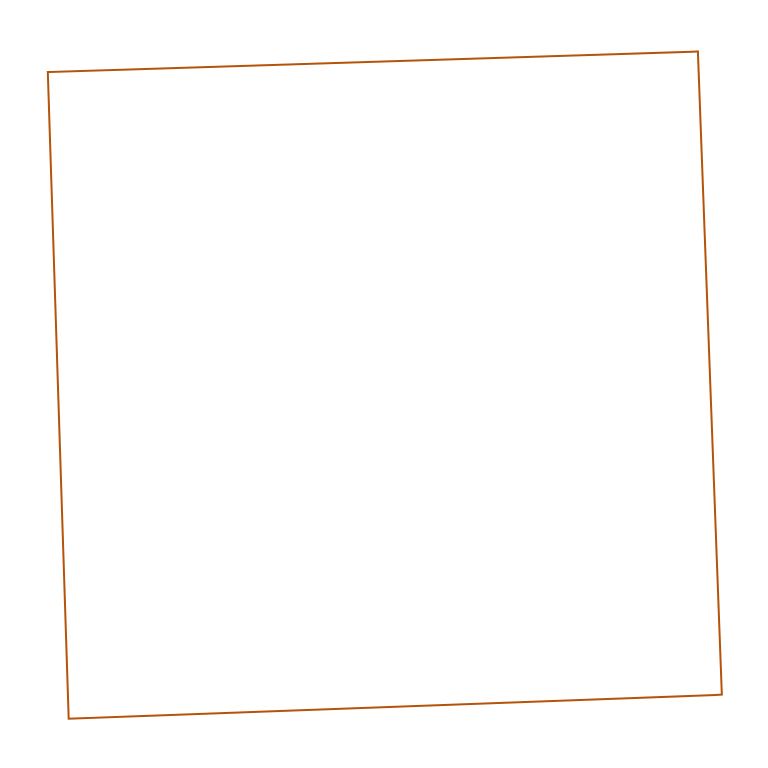 Carson, Texas, United States of America (Albers equal-area conic projection), rotated 88°
{"feature_id": "52423323B89233879615837", "entity_name": "Carson", "entity_type": "district", "adm_level": 2, "iso_a3": "USA", "parent_name": "United States of America", "parent_adm1": "Texas", "projection": "albers", "projection_center": [-101.316, 35.404], "detail": "fine", "context": "isolated", "style": "outline", "palette": "amber", "viewbox_px": 768, "rotation_deg": 88, "n_neighbors": 0, "source": "geoboundaries", "source_scale": "gbopen_adm2", "svg_char_len": 242}
<svg xmlns="http://www.w3.org/2000/svg" viewBox="0 0 768 768"><g transform="rotate(88 384 384)"><path d="M707.5,710.8L706.4,66.3L706.2,57.2L62.6,58.7L62.7,64.4L60.5,709.1L707.5,710.8Z" fill="none" stroke="#b45309" stroke-width="2"/></g></svg>